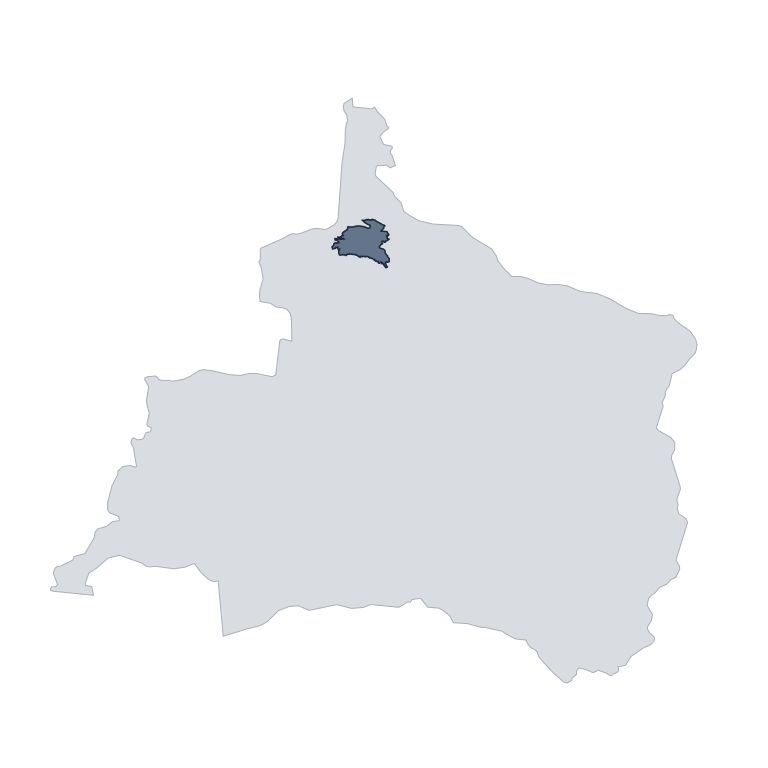 Kenge, Bandundu, Democratic Republic of the Congo (highlighted), rotated 95°
{"feature_id": "63176286B18264844623742", "entity_name": "Kenge", "entity_type": "district", "adm_level": 2, "iso_a3": "COD", "parent_name": "Democratic Republic of the Congo", "parent_adm1": "Bandundu", "projection": "robinson", "projection_center": [16.889, -5.103], "detail": "fine", "context": "in_parent", "style": "filled", "palette": "slate", "viewbox_px": 768, "rotation_deg": 95, "n_neighbors": 0, "source": "geoboundaries", "source_scale": "gbopen_adm2", "svg_char_len": 9336}
<svg xmlns="http://www.w3.org/2000/svg" viewBox="0 0 768 768"><g transform="rotate(95 384 384)"><path d="M649.3,522.2L594.6,532.0L595.6,535.5L595.1,539.2L593.7,542.1L588.0,549.7L579.7,556.8L579.7,558.5L583.8,566.3L586.4,577.1L585.5,596.1L586.6,601.2L586.3,605.2L583.5,609.7L577.7,632.5L581.3,643.5L592.0,653.8L598.2,661.5L608.8,664.3L610.6,663.8L611.3,657.5L619.8,655.0L619.3,695.7L618.7,698.0L617.1,698.5L615.0,697.2L614.5,693.3L612.2,691.7L601.8,696.7L599.2,696.6L596.3,695.7L594.2,693.6L593.7,690.5L586.5,678.7L582.9,677.8L579.0,667.2L562.7,659.4L556.5,658.8L553.2,656.4L550.1,647.9L544.7,642.5L543.5,636.6L542.4,635.7L539.1,636.9L536.2,646.4L532.5,648.6L525.8,648.9L509.0,646.1L497.1,641.2L493.9,641.5L489.2,637.2L487.3,629.9L488.4,624.2L487.5,623.4L469.2,628.1L464.8,631.0L460.6,630.3L459.4,628.7L461.2,624.8L460.3,620.6L459.0,618.7L453.6,617.2L451.9,612.6L448.7,612.0L447.5,612.6L446.7,615.7L444.7,616.7L433.8,615.3L422.4,619.2L407.2,618.2L400.0,622.9L398.9,622.8L397.4,620.4L396.0,612.7L396.7,610.6L399.0,609.0L399.8,605.9L399.1,598.0L399.7,596.1L398.9,591.4L396.7,584.1L393.5,578.2L386.7,569.2L385.4,565.0L385.9,554.9L388.2,539.0L388.0,527.2L385.2,519.5L384.6,511.2L386.5,496.3L384.7,492.7L350.0,491.5L348.6,490.4L347.9,488.3L349.5,479.5L328.4,481.7L322.1,483.4L318.2,487.0L316.9,491.6L316.7,498.0L313.5,504.2L312.6,514.6L306.7,515.8L300.9,515.8L289.6,513.6L278.7,516.5L273.3,519.3L270.5,518.0L260.6,519.0L259.3,518.3L248.1,497.7L243.1,490.8L242.1,487.5L242.5,484.3L241.1,480.0L235.9,469.4L234.9,464.5L235.2,456.8L234.6,454.2L229.8,447.5L226.7,445.3L223.3,444.2L166.6,445.1L147.9,443.8L134.2,444.7L127.3,444.1L125.4,443.2L119.1,444.6L115.9,447.4L111.0,448.8L107.9,448.2L102.0,440.6L110.0,439.2L110.6,438.5L111.1,420.1L109.0,417.5L113.3,414.4L120.2,406.3L126.9,403.5L127.8,401.8L129.3,401.9L131.7,405.3L137.5,409.7L144.7,405.8L145.5,404.7L146.4,396.9L148.2,396.2L151.3,397.9L153.0,397.9L156.2,395.6L165.4,391.7L168.1,396.7L165.6,401.3L166.7,404.5L166.9,409.5L168.4,410.6L175.7,411.2L177.8,410.0L192.3,391.9L196.0,389.8L202.1,382.7L210.2,379.4L213.6,373.8L218.3,363.7L220.4,349.1L219.6,323.9L220.3,320.5L229.9,309.2L240.0,288.6L246.7,283.2L251.8,281.0L259.6,273.5L265.8,265.9L265.0,256.8L266.4,249.3L269.8,239.7L270.9,229.5L269.7,218.8L270.2,210.1L274.8,196.1L275.2,180.0L279.4,166.6L287.6,149.5L291.5,136.8L290.7,124.2L291.8,115.0L291.4,109.5L289.9,104.8L290.7,101.8L293.8,100.6L297.7,95.9L304.7,83.6L312.2,77.5L317.5,75.6L322.9,75.9L326.5,76.9L332.3,81.8L338.9,85.6L343.9,90.4L348.7,97.9L360.5,99.6L365.5,102.3L368.6,103.3L369.8,102.6L372.2,103.0L377.7,105.2L382.1,104.0L403.9,108.9L406.4,106.5L412.4,93.6L417.0,89.2L424.4,88.7L430.2,91.2L433.3,91.2L460.0,80.1L463.4,79.6L473.2,82.3L479.4,80.5L482.0,81.0L487.5,79.1L491.9,71.3L495.6,69.5L534.0,77.8L539.8,73.7L542.6,73.3L551.1,76.3L553.7,81.0L558.9,85.1L562.6,91.8L568.3,95.6L571.2,99.2L574.5,101.7L581.5,102.6L590.3,96.5L596.6,97.1L602.9,100.4L605.1,100.3L609.8,96.7L612.3,92.9L614.7,92.1L618.4,93.8L621.5,97.3L624.2,102.5L633.8,114.0L643.1,119.0L645.4,126.0L648.8,125.4L650.5,126.0L652.9,130.5L654.6,131.4L654.9,133.3L652.6,137.5L650.5,145.6L653.3,150.5L651.0,157.8L649.8,165.2L652.8,167.1L656.7,167.0L660.3,170.8L663.1,171.4L666.0,175.6L665.3,179.0L656.2,191.1L642.5,206.0L637.9,207.8L635.5,210.6L633.8,214.9L629.8,218.6L626.7,220.1L626.5,230.8L621.9,242.0L620.1,244.2L617.6,262.3L618.0,265.5L615.4,280.3L615.8,294.1L609.1,298.4L604.5,305.2L602.5,309.9L602.5,321.1L595.0,328.0L594.4,329.6L596.3,337.4L599.0,338.7L599.1,341.4L605.2,349.9L604.8,376.1L605.1,378.6L608.3,384.8L610.4,396.7L607.9,411.8L616.1,439.4L612.3,449.5L614.0,459.2L619.0,469.4L630.6,479.3L633.7,483.5L636.6,489.0L639.3,497.6L649.3,522.2Z" fill="#d9dde1" stroke="#a8b0b8" stroke-width="1"/><path d="M229.2,397.9L227.7,397.8L227.0,397.6L226.4,396.9L226.0,397.2L225.8,397.8L225.7,398.0L225.6,399.1L225.3,399.9L224.7,400.6L224.3,401.7L222.5,406.0L222.3,406.3L221.7,406.7L221.7,407.3L221.5,407.5L221.3,408.2L221.4,408.4L221.3,408.6L221.4,408.8L221.3,409.0L221.2,409.3L221.1,409.6L221.1,409.8L221.0,410.2L221.6,410.4L221.6,410.7L221.8,411.2L221.8,411.4L221.9,411.7L221.8,411.8L221.8,412.0L221.7,412.0L221.9,412.7L221.7,413.2L221.8,413.8L221.5,414.1L221.9,414.5L221.9,414.9L221.6,415.3L221.5,415.5L221.6,415.9L222.2,416.4L222.4,417.1L222.6,417.0L222.7,417.4L222.8,417.5L222.7,419.5L222.8,419.8L225.5,416.3L225.6,415.4L225.9,414.9L226.3,414.5L226.8,413.0L227.0,412.0L227.1,411.7L228.4,411.7L228.9,411.3L229.7,411.6L230.1,412.8L230.0,413.3L230.3,413.8L229.9,415.0L229.5,415.3L229.4,415.9L229.6,416.4L229.5,416.6L229.3,416.8L229.3,417.2L229.1,417.6L229.1,418.5L228.8,419.0L229.0,419.4L228.9,420.6L228.7,421.0L228.6,421.5L228.8,423.3L229.0,423.5L228.9,424.0L229.0,424.7L229.4,425.0L229.2,425.6L229.5,426.7L229.8,427.0L230.0,427.4L230.0,427.6L229.9,427.8L230.0,428.0L230.4,429.0L230.4,429.4L230.6,429.9L230.4,430.1L230.4,430.5L230.5,431.2L230.6,431.3L230.7,431.7L230.5,432.2L230.4,433.5L231.0,433.8L231.3,433.8L231.4,433.7L231.6,433.8L231.9,433.7L232.6,433.6L232.8,434.0L233.1,434.3L233.5,434.2L233.6,434.4L233.8,434.4L234.2,435.2L234.6,435.5L234.9,436.2L235.6,436.8L235.8,436.8L235.9,437.5L236.5,437.8L237.2,438.4L237.6,438.7L237.8,438.7L238.4,438.2L239.6,437.5L239.7,437.8L239.7,438.0L239.8,438.2L239.8,438.7L240.2,439.1L241.2,439.7L241.4,440.1L241.3,440.3L241.5,440.4L241.6,441.2L241.6,441.3L241.7,441.6L241.8,441.9L241.6,442.7L242.2,442.7L242.3,442.6L242.4,442.3L242.4,441.0L242.6,439.9L242.5,438.2L242.6,437.8L242.6,437.2L242.7,436.8L243.0,436.4L243.3,438.1L243.7,439.9L243.7,440.4L243.3,444.4L243.3,445.4L244.2,445.5L244.7,445.4L244.8,445.3L244.9,443.4L245.0,443.0L245.6,442.6L246.5,441.3L246.9,441.2L247.1,441.3L247.2,441.8L247.5,442.1L247.5,442.5L247.7,442.9L247.4,443.0L247.4,443.4L247.5,443.6L247.6,444.1L247.4,444.4L247.5,444.5L247.7,445.1L247.8,445.1L248.0,445.5L248.8,446.2L249.2,446.3L250.5,446.2L251.6,447.5L252.0,447.8L253.4,447.1L253.9,447.0L253.7,446.5L253.7,446.1L253.5,445.8L253.5,445.6L253.4,445.0L252.8,444.7L252.6,444.3L252.8,444.1L252.6,444.0L252.7,443.9L252.5,443.7L252.4,443.7L252.2,443.0L252.1,442.8L251.9,442.7L251.7,442.4L251.8,441.8L252.1,441.7L252.8,441.7L253.6,441.5L254.0,441.3L254.0,441.1L253.5,440.1L253.5,439.9L254.2,440.0L255.3,440.7L257.3,440.5L258.1,440.3L259.2,439.7L259.5,438.6L259.4,438.2L259.2,438.1L259.0,437.8L258.8,437.3L258.9,436.7L258.8,436.4L258.9,435.9L258.7,435.8L259.0,435.3L258.9,434.8L259.0,434.3L259.0,434.1L259.3,433.4L259.1,433.2L258.9,432.8L258.7,432.8L258.8,432.6L258.6,432.6L258.5,432.4L258.1,432.2L257.9,431.8L257.9,431.5L257.6,431.4L257.6,431.0L257.6,430.7L257.9,430.2L257.7,430.0L257.6,429.8L257.4,429.6L257.5,429.5L257.6,429.0L257.4,428.3L257.6,427.8L257.4,427.5L257.5,426.8L257.6,426.7L257.7,426.3L257.6,425.6L257.7,425.0L257.6,424.8L257.7,424.7L257.6,424.1L257.7,423.8L257.6,423.6L257.7,423.1L257.9,423.1L257.8,422.8L258.1,422.2L258.1,421.9L258.6,421.5L258.6,421.2L258.8,421.0L258.9,420.6L259.1,420.3L259.3,420.3L259.4,419.9L259.5,419.8L259.6,419.4L259.4,419.2L259.6,418.9L259.3,418.9L259.0,418.8L259.0,418.6L259.1,418.4L258.7,418.0L259.2,417.2L259.1,416.8L259.1,416.5L258.6,416.2L258.6,415.7L258.5,415.2L258.8,414.8L258.7,414.5L258.9,414.0L258.7,413.4L258.9,413.1L258.5,413.0L258.4,412.9L258.3,412.7L258.4,412.4L258.3,412.1L258.4,411.6L258.4,411.2L258.7,410.9L258.8,410.6L259.0,410.4L258.9,410.3L259.3,410.1L259.4,409.3L259.7,409.1L259.5,408.9L259.7,408.5L259.7,408.3L259.7,408.0L259.5,407.7L259.6,407.4L259.9,407.2L260.2,406.8L260.4,405.6L260.6,405.4L260.6,405.0L260.9,404.9L260.9,404.5L261.3,404.4L261.3,404.0L261.4,403.9L261.7,403.9L261.8,403.8L261.7,403.5L261.9,403.4L262.2,403.0L262.2,402.7L262.4,402.7L262.4,402.2L262.5,401.9L262.3,401.8L262.3,401.1L262.5,401.1L262.8,400.7L262.6,400.5L263.3,400.0L263.5,400.1L263.5,400.3L263.9,400.1L263.9,399.9L264.1,399.6L264.1,399.4L264.0,399.1L263.8,399.0L263.9,398.9L263.5,398.4L263.5,397.9L262.6,397.7L262.8,397.4L263.0,397.4L263.1,397.6L263.4,397.3L263.1,397.2L263.1,396.9L263.1,396.7L263.5,396.9L263.8,396.3L263.8,396.0L264.0,395.8L264.1,395.3L264.3,395.6L264.3,395.2L264.5,394.7L264.8,394.8L265.0,394.4L265.4,394.6L265.5,394.5L266.3,394.0L266.5,393.3L267.0,393.2L267.3,392.9L267.8,392.6L267.9,392.2L267.8,391.6L267.4,391.1L267.0,390.8L266.0,391.7L264.9,392.4L263.7,392.8L262.8,393.1L262.4,393.1L262.2,393.0L262.0,392.7L262.2,392.0L262.3,391.5L262.4,391.3L262.3,390.9L262.0,390.2L262.0,389.8L261.6,389.4L259.9,389.7L258.8,389.6L258.1,390.2L257.0,391.4L256.0,391.7L255.1,392.8L253.6,394.0L252.4,394.5L251.2,394.6L250.7,395.0L249.8,396.2L249.5,396.9L249.2,398.8L248.8,400.0L248.5,400.4L248.1,400.6L247.7,400.6L247.0,400.1L246.7,400.1L246.3,399.7L245.7,399.5L244.6,397.8L244.2,397.7L243.9,397.7L243.4,398.3L243.0,398.5L242.3,398.6L242.1,398.4L241.8,397.7L241.7,397.3L241.8,397.1L242.3,396.6L242.7,396.0L242.7,395.4L242.6,395.1L242.4,395.0L241.9,395.2L241.7,395.2L241.4,394.6L241.1,393.7L240.9,393.3L240.3,392.7L239.5,391.6L239.3,391.5L239.1,392.2L239.1,392.9L239.0,393.3L238.8,393.5L238.4,393.5L238.2,393.7L237.8,393.7L237.7,393.8L237.5,393.5L237.1,393.5L236.9,393.6L236.4,394.3L236.2,394.4L235.9,392.8L235.7,392.6L235.2,393.3L234.7,392.4L234.5,392.6L234.0,392.7L233.7,393.1L233.5,393.5L233.1,393.7L232.7,393.8L232.5,394.0L232.2,394.1L232.0,394.5L231.9,395.4L232.0,399.5L232.0,400.2L231.9,400.3L231.7,400.2L231.3,400.0L230.0,398.8L229.2,397.9Z" fill="#64748b" stroke="#1e293b" stroke-width="1.5"/></g></svg>